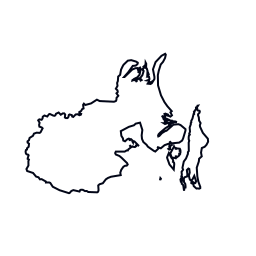 the district of Mong Cai, Vietnam, rotated 291°
{"feature_id": "81297802B69562638547328", "entity_name": "Mong Cai", "entity_type": "district", "adm_level": 2, "iso_a3": "VNM", "parent_name": "Vietnam", "parent_adm1": "", "projection": "natural_earth1", "projection_center": [107.918, 21.499], "detail": "fine", "context": "isolated", "style": "outline", "palette": "ink", "viewbox_px": 256, "rotation_deg": 291, "n_neighbors": 0, "source": "geoboundaries", "source_scale": "gbopen_adm2", "svg_char_len": 5988}
<svg xmlns="http://www.w3.org/2000/svg" viewBox="0 0 256 256"><g transform="rotate(291 128 128)"><path d="M81.4,138.1L83.5,136.8L86.6,136.7L90.2,137.6L91.7,138.8L92.4,140.3L93.8,140.8L94.9,139.7L97.9,132.7L98.8,130.0L98.9,126.1L100.0,125.0L101.6,125.1L104.8,133.4L106.6,134.8L107.0,135.9L108.2,136.0L111.0,137.7L112.5,135.6L111.6,138.3L112.1,138.8L112.6,138.2L112.3,139.6L112.7,141.3L113.9,142.1L114.5,141.7L115.6,142.3L115.1,144.7L117.8,138.8L117.6,137.6L116.2,137.9L117.0,136.9L117.8,136.9L118.7,134.8L118.3,133.9L116.5,134.3L118.2,133.5L118.4,132.6L117.3,131.4L114.5,130.0L114.6,128.1L116.5,127.0L118.3,124.6L122.5,122.4L129.4,128.4L132.7,132.6L134.8,133.6L137.3,137.3L131.3,142.1L126.0,143.4L122.8,145.0L120.4,147.4L119.0,151.3L117.7,153.2L115.9,160.4L115.8,161.9L119.8,163.8L120.4,163.4L120.8,162.0L120.8,165.9L125.1,168.3L129.2,173.1L130.5,171.6L129.3,174.2L132.7,181.0L135.6,183.0L137.9,183.2L146.0,182.6L147.5,182.1L149.6,176.0L149.6,173.7L147.4,169.2L139.2,164.9L138.9,164.2L135.4,161.5L131.8,160.1L131.0,159.3L131.7,158.8L133.1,158.8L135.3,159.7L141.1,162.9L145.8,166.4L145.6,165.2L146.4,165.0L147.8,166.6L147.4,164.1L145.0,161.1L145.3,159.6L146.1,161.7L147.5,162.9L147.9,161.2L146.9,159.4L148.4,160.6L149.0,158.1L149.6,157.6L149.8,159.6L151.2,157.4L150.9,156.2L151.3,155.2L151.7,158.6L153.7,157.3L154.8,157.7L154.9,160.5L154.0,161.7L153.8,163.5L155.6,164.5L157.8,162.0L159.4,162.8L162.4,157.0L165.2,152.8L170.3,147.1L178.5,140.8L188.1,136.9L192.5,136.2L199.0,135.8L202.3,137.0L206.6,137.5L210.0,137.0L210.6,136.1L207.4,133.4L199.4,130.1L191.7,130.3L185.1,134.4L183.2,135.1L178.4,134.2L178.0,133.9L178.9,133.5L177.1,132.9L176.4,130.4L176.8,130.4L177.2,131.5L178.5,131.5L178.3,131.1L180.1,130.5L180.0,129.9L179.3,129.3L179.2,128.8L180.8,130.5L181.4,130.5L183.3,129.3L182.8,127.7L185.4,128.2L186.4,127.3L185.1,126.8L188.4,125.7L190.3,124.2L190.4,123.4L194.5,122.0L195.4,121.0L193.3,121.7L191.3,120.8L191.7,122.0L191.2,122.2L188.7,120.7L188.0,121.0L187.8,120.2L186.8,122.2L182.5,122.5L178.7,121.4L177.7,123.6L176.9,124.0L177.7,123.0L177.8,122.2L177.3,122.2L178.5,120.9L175.7,118.7L174.1,119.7L174.8,118.6L176.3,118.4L175.5,117.3L174.3,117.3L175.4,116.7L173.9,115.1L174.4,115.0L176.0,116.4L175.6,115.9L175.9,116.0L178.7,118.6L181.9,119.7L187.3,118.8L188.7,117.6L187.5,116.6L184.7,118.1L183.1,118.0L184.7,117.5L187.3,115.3L186.4,113.4L184.1,111.0L174.4,106.5L174.2,106.0L180.0,108.2L187.7,110.2L189.0,112.8L190.9,113.9L192.0,113.9L192.5,113.7L192.9,111.6L192.5,106.7L190.8,103.7L185.5,101.2L183.7,100.9L180.0,100.6L174.8,101.6L172.5,100.4L168.2,101.7L166.1,101.7L163.6,103.1L160.3,102.6L159.4,104.6L158.5,105.3L157.7,105.5L156.3,104.8L154.6,107.4L152.1,106.5L150.1,107.1L148.8,107.0L147.5,105.5L143.0,91.9L143.3,88.8L137.7,84.7L134.2,79.9L134.9,78.1L133.5,77.8L130.3,79.5L129.1,78.4L127.2,78.2L125.4,76.8L124.6,77.2L124.4,79.2L123.5,79.2L122.5,78.0L122.8,76.1L121.9,74.3L118.7,72.9L118.7,71.8L119.9,70.9L119.7,68.6L119.0,68.1L117.0,68.4L115.6,68.0L115.0,66.5L115.2,65.3L118.1,64.5L118.8,63.2L118.3,61.9L116.3,60.5L117.6,57.7L115.5,55.7L113.7,55.6L113.0,54.9L112.8,53.6L113.1,50.0L112.5,49.3L109.8,48.5L109.7,45.5L108.0,44.4L106.2,44.8L104.7,44.4L104.3,42.1L103.0,41.4L101.2,43.6L99.0,43.9L97.5,44.8L97.6,47.3L97.1,48.4L92.8,47.9L91.8,47.3L90.9,44.4L89.0,42.2L86.7,42.1L83.5,39.7L81.0,39.9L79.5,39.0L78.4,39.5L77.9,41.2L74.9,42.0L72.9,41.0L71.7,41.4L70.8,40.6L69.1,40.9L67.5,41.9L67.1,43.2L67.3,44.4L66.9,45.0L63.8,45.2L63.2,45.4L63.0,46.8L61.3,46.9L57.3,48.5L53.3,47.9L51.7,49.3L52.0,55.5L49.7,59.6L49.9,62.1L48.5,64.2L49.3,65.7L48.6,70.5L47.7,70.9L48.9,73.9L48.9,75.1L46.2,78.8L45.4,86.4L46.0,96.2L46.3,96.7L48.9,97.7L50.4,99.2L51.3,105.5L52.9,105.6L53.5,106.2L54.1,108.0L53.7,110.4L54.4,112.1L54.0,113.8L56.9,122.3L57.8,122.9L59.4,122.8L63.7,120.8L65.3,121.6L67.4,124.3L72.1,125.7L74.2,127.2L76.4,129.6L81.4,138.1ZM167.3,184.3L166.7,183.8L165.8,184.4L165.0,184.2L164.6,184.7L163.9,184.3L159.9,184.8L157.2,184.5L155.9,185.1L155.0,184.8L154.1,185.3L150.5,185.4L146.8,187.2L144.6,187.2L143.9,188.1L143.0,187.6L141.3,187.9L139.2,188.7L138.1,189.7L136.1,189.9L128.3,193.0L126.9,192.6L125.3,193.2L120.3,193.1L116.7,192.1L110.3,193.1L108.8,194.4L106.3,193.7L103.5,195.1L102.1,195.1L101.9,196.0L98.6,197.5L97.3,197.3L95.2,198.2L94.5,200.0L89.5,202.8L92.7,202.1L93.1,203.0L94.0,202.7L96.2,201.6L97.6,199.7L100.7,198.2L102.4,198.6L104.0,200.6L106.3,199.9L109.8,198.0L111.8,198.9L111.7,199.9L108.5,201.6L105.4,201.9L102.5,203.8L101.7,204.9L102.0,206.0L103.1,206.6L107.1,207.0L102.7,210.7L100.8,210.6L100.4,210.2L101.0,207.2L100.2,206.5L99.2,206.9L99.1,209.0L97.3,210.2L96.0,213.6L96.7,215.0L96.8,216.1L97.7,217.0L98.9,216.6L103.0,213.0L107.6,210.1L115.6,206.4L122.2,206.1L124.8,205.4L127.9,207.0L131.2,205.0L135.8,204.1L137.9,206.3L140.4,207.3L143.9,207.7L146.6,206.4L150.3,199.6L155.0,194.8L156.3,194.1L158.6,194.0L160.4,191.7L163.3,190.3L165.0,188.8L166.0,188.5L168.0,189.3L169.2,189.1L169.7,188.6L169.4,186.9L169.8,186.2L172.5,184.9L171.5,184.1L169.8,184.8L168.0,184.0L167.3,184.3ZM116.3,179.2L115.9,179.1L119.3,175.1L114.6,175.0L113.8,175.5L108.8,179.8L105.6,185.6L110.9,184.1L112.0,183.5L112.5,182.1L113.2,182.2L116.3,179.9L116.9,183.3L119.5,182.5L117.5,183.7L120.4,185.5L122.1,185.9L122.3,184.1L122.4,185.7L124.2,185.7L125.3,185.2L124.9,183.6L125.4,184.7L126.2,184.8L127.2,183.8L126.3,180.3L124.9,180.3L126.5,179.7L126.4,178.3L127.2,177.6L119.4,176.6L116.3,179.2ZM150.4,165.9L149.4,165.7L149.5,167.7L151.0,171.5L151.1,170.1L150.3,167.2L150.5,166.6L150.9,167.1L150.4,165.9ZM100.1,196.1L100.1,195.6L98.8,195.4L97.3,196.3L98.6,197.1L100.1,196.1ZM150.2,164.8L150.5,160.9L150.0,160.4L149.6,161.8L150.2,164.8ZM123.4,175.1L124.0,174.5L124.0,173.7L123.0,173.1L122.6,174.2L123.4,175.1ZM127.3,174.6L126.8,173.0L125.9,173.0L125.7,174.1L126.4,173.9L127.3,174.6ZM154.6,158.5L154.3,157.6L153.5,158.8L153.7,160.3L154.6,158.5ZM92.4,176.9L92.8,176.2L91.6,176.4L91.7,176.8L92.4,176.9ZM174.0,185.4L173.7,184.9L173.3,185.0L173.5,185.3L174.0,185.4Z" fill="none" stroke="#020617" stroke-width="2"/></g></svg>